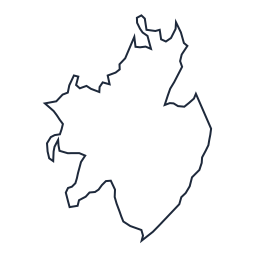 outline of Portalegre, Rio Grande do Norte, Brazil
{"feature_id": "56859067B24443946953027", "entity_name": "Portalegre", "entity_type": "district", "adm_level": 2, "iso_a3": "BRA", "parent_name": "Brazil", "parent_adm1": "Rio Grande do Norte", "projection": "equal_earth", "projection_center": [-38.025, -6.029], "detail": "fine", "context": "isolated", "style": "outline", "palette": "slate", "viewbox_px": 256, "rotation_deg": 0, "n_neighbors": 0, "source": "geoboundaries", "source_scale": "gbopen_adm2", "svg_char_len": 1516}
<svg xmlns="http://www.w3.org/2000/svg" viewBox="0 0 256 256"><path d="M141.7,240.6L152.9,231.8L158.6,226.0L179.3,204.2L181.3,197.2L185.7,193.0L189.7,186.3L192.0,177.3L199.4,169.9L201.7,162.9L202.1,157.4L205.7,150.7L208.4,145.2L209.3,139.8L210.3,134.7L211.1,128.7L195.9,93.8L193.9,98.6L188.8,103.1L184.3,106.7L178.0,106.1L173.6,103.4L169.8,103.1L164.7,105.0L167.8,95.5L170.2,88.7L174.2,82.1L182.1,66.8L180.1,61.1L181.7,54.5L187.4,45.9L183.9,43.0L180.9,32.4L176.0,22.3L175.6,28.9L171.0,38.0L165.9,41.5L161.1,39.3L159.7,29.8L155.4,31.0L146.5,29.8L144.8,18.6L141.4,15.4L136.9,17.8L137.1,22.8L140.0,28.7L142.6,32.5L147.5,35.9L148.9,41.2L151.0,48.9L145.6,46.6L140.0,47.3L135.5,46.8L134.3,36.9L125.2,58.3L119.5,64.3L119.7,69.4L115.6,72.6L107.7,75.5L109.6,84.3L102.7,82.4L99.6,87.0L99.3,92.0L90.9,88.8L86.5,85.9L79.8,88.3L76.1,85.0L78.3,76.6L73.9,75.5L69.3,85.3L67.8,92.6L62.6,94.6L56.3,101.3L44.9,103.4L53.7,111.1L56.9,115.4L59.7,119.7L62.9,124.0L61.6,129.2L59.9,134.3L54.7,135.1L50.8,137.1L47.0,143.3L47.6,151.5L49.2,158.3L53.2,161.1L53.6,151.5L54.5,146.8L58.1,139.9L58.5,145.4L59.5,150.8L67.7,153.2L75.3,153.1L79.2,153.1L85.2,155.6L81.0,162.0L78.0,173.1L76.9,178.2L75.4,183.2L71.9,186.7L68.0,188.0L65.8,192.6L68.2,201.9L69.6,207.1L77.6,205.8L79.0,200.2L85.7,196.7L89.5,192.5L95.0,192.0L98.6,189.6L101.9,185.1L105.9,181.1L110.8,180.7L115.0,189.6L114.7,197.0L116.6,203.6L119.7,211.9L121.3,216.5L123.3,221.5L130.2,226.0L135.5,227.9L141.4,230.0L143.0,235.6L141.7,240.6Z" fill="none" stroke="#1e293b" stroke-width="2"/></svg>